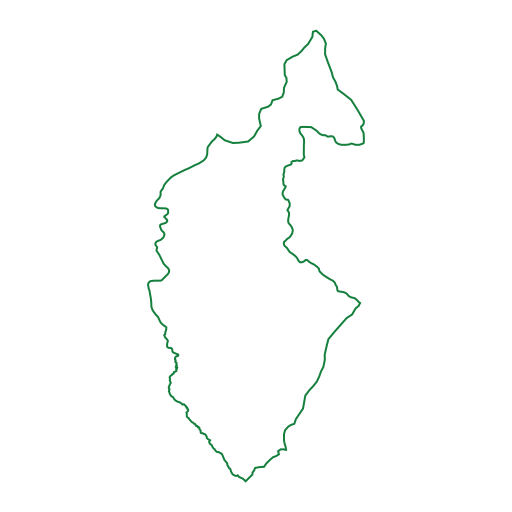 the district of Guatapé, Antioquia, Colombia
{"feature_id": "7082276B10877531566234", "entity_name": "Guatapé", "entity_type": "district", "adm_level": 2, "iso_a3": "COL", "parent_name": "Colombia", "parent_adm1": "Antioquia", "projection": "orthographic", "projection_center": [-75.163, 6.253], "detail": "fine", "context": "isolated", "style": "outline", "palette": "green", "viewbox_px": 512, "rotation_deg": 0, "n_neighbors": 0, "source": "geoboundaries", "source_scale": "gbopen_adm2", "svg_char_len": 6061}
<svg xmlns="http://www.w3.org/2000/svg" viewBox="0 0 512 512"><path d="M363.9,120.9L357.3,109.5L351.2,99.9L344.3,94.4L337.7,89.5L337.1,86.2L335.5,81.8L333.0,77.4L331.8,72.5L327.9,62.3L325.1,54.3L325.1,48.6L325.9,43.6L323.9,38.7L321.4,35.4L316.2,30.7L312.9,31.8L312.4,36.8L308.1,44.0L304.3,47.6L301.3,51.2L297.7,54.6L292.3,56.8L286.6,60.2L284.4,64.3L284.8,75.1L286.4,77.8L286.7,81.9L284.0,87.7L283.8,92.4L282.2,96.8L278.1,98.8L272.6,100.2L271.0,104.4L268.3,106.6L261.2,108.9L259.1,114.1L259.1,118.5L260.8,126.0L257.3,130.7L254.0,136.5L248.1,141.5L239.3,142.7L233.0,143.0L224.8,140.3L220.7,137.0L217.2,134.6L216.6,136.2L216.2,137.0L214.3,139.4L212.5,140.9L211.6,141.9L207.9,146.9L207.5,147.9L207.2,154.0L206.9,155.3L206.2,157.3L205.3,158.6L203.8,160.3L199.0,163.4L194.8,165.2L189.0,168.2L184.9,169.9L175.8,174.4L173.7,175.5L170.8,177.5L166.5,182.0L164.6,184.5L163.9,185.7L162.8,188.7L160.7,191.4L160.6,192.2L160.6,195.0L160.2,196.3L159.3,198.1L156.6,200.9L155.1,203.5L154.9,204.4L155.0,205.8L156.5,207.3L158.0,208.0L159.4,208.2L165.9,208.4L167.5,209.1L168.0,209.8L168.2,212.1L168.0,213.1L167.6,213.9L164.3,216.4L164.2,216.8L167.2,220.1L167.2,221.3L166.4,222.4L165.7,222.9L160.9,224.4L160.1,225.3L160.0,226.4L161.2,229.7L162.2,231.0L163.8,232.5L164.1,233.1L164.4,234.0L164.4,234.9L163.9,236.3L163.3,237.6L161.4,239.3L160.2,240.1L158.2,240.8L156.5,241.7L155.6,242.8L155.3,244.0L155.4,244.7L157.1,247.2L157.1,247.8L156.5,249.9L156.7,250.9L159.3,254.8L163.5,263.5L165.6,265.9L168.1,268.2L168.8,269.4L169.2,271.3L168.7,272.8L167.8,274.1L161.6,280.3L160.3,280.7L154.1,280.7L151.2,281.0L150.4,281.3L149.6,281.6L148.4,283.2L148.1,284.2L148.1,285.3L148.8,288.9L149.5,290.7L150.9,298.9L151.3,303.0L151.4,306.8L152.8,310.6L155.6,314.4L158.0,316.9L160.0,321.3L160.8,322.7L162.7,324.6L164.4,325.9L165.5,326.5L166.3,327.3L166.2,329.7L165.2,332.7L165.3,334.0L164.2,335.1L165.4,337.8L166.3,338.5L167.9,340.8L167.1,343.8L167.1,346.6L167.9,347.5L168.9,347.9L170.9,348.0L171.4,348.2L172.1,349.0L172.5,351.7L172.7,352.0L173.8,352.7L177.1,354.2L178.1,354.4L178.3,354.7L178.2,355.5L177.9,356.0L176.3,356.4L175.6,357.0L175.2,357.6L175.0,358.4L175.0,359.5L175.7,360.2L175.3,361.7L175.6,362.2L176.5,362.7L176.6,363.0L176.3,363.6L176.3,364.1L176.7,364.6L176.8,365.1L176.0,366.0L175.9,366.6L176.1,366.9L177.0,367.0L177.3,367.6L177.1,368.0L176.2,368.2L176.7,369.0L176.7,369.5L176.2,369.9L176.3,371.1L174.9,371.8L174.0,372.0L173.8,372.4L173.7,373.5L172.6,373.9L172.4,374.5L170.5,375.9L169.6,377.4L169.6,377.7L170.0,378.6L169.8,380.7L170.6,382.1L170.7,383.0L169.8,384.5L169.4,385.9L168.9,386.5L168.8,388.1L169.5,389.1L169.4,389.7L169.0,390.3L168.9,391.3L169.3,392.0L169.8,393.9L171.1,396.0L173.1,397.2L174.2,399.1L175.1,400.1L176.5,401.1L177.7,401.7L179.8,402.3L181.6,403.6L182.3,404.5L183.0,404.6L183.4,404.3L184.2,404.4L185.3,405.7L186.2,406.4L186.3,407.4L187.2,407.7L187.2,408.8L188.1,409.4L188.2,409.9L188.1,410.9L186.5,412.5L186.5,413.0L186.8,413.7L186.8,416.1L187.1,417.0L188.8,418.3L189.4,419.4L192.0,422.2L193.3,422.8L194.3,423.9L195.2,424.1L195.5,424.7L195.8,425.7L197.1,425.9L197.5,426.8L197.9,427.3L198.3,427.2L198.5,427.0L199.4,427.9L199.5,429.3L200.6,430.5L200.7,432.5L200.9,432.9L201.5,433.2L202.7,433.2L203.7,434.0L205.0,434.2L205.5,434.6L206.0,435.6L206.6,436.3L206.8,437.8L207.0,438.2L208.1,439.2L210.1,440.3L209.2,441.7L209.3,442.5L209.9,443.8L211.5,444.8L212.8,447.4L213.5,448.4L214.8,449.4L215.4,450.6L216.9,451.9L219.0,452.2L220.2,453.1L221.2,453.4L222.0,454.1L224.4,459.9L227.3,463.5L227.4,465.3L228.5,466.8L228.9,468.0L229.8,468.6L230.5,469.4L230.9,471.3L232.4,474.0L233.3,474.8L235.1,475.7L236.3,475.9L237.0,475.7L237.7,475.3L239.1,477.0L242.2,478.3L244.2,479.8L245.2,481.0L245.6,481.3L252.4,474.5L252.5,472.6L253.9,470.7L255.2,467.9L259.6,467.1L264.0,466.8L266.4,463.4L269.7,460.1L272.9,457.3L276.5,455.9L278.9,454.3L278.1,451.2L280.8,449.3L283.3,449.3L286.0,449.8L285.7,447.0L284.6,443.7L284.0,440.2L284.0,434.1L285.1,430.2L288.3,426.6L291.0,424.9L294.3,423.8L295.9,419.1L303.0,408.6L305.3,395.6L309.7,389.8L312.9,386.5L316.7,381.8L319.1,376.8L321.0,371.5L323.4,366.8L324.8,359.9L324.7,354.7L326.8,345.3L328.4,339.2L333.8,332.6L346.6,318.1L352.1,314.5L355.6,308.4L358.6,306.0L360.1,303.0L358.7,302.0L357.0,300.1L355.3,298.6L354.4,298.1L351.4,297.4L349.8,296.7L348.8,296.1L347.0,294.0L346.1,293.2L343.6,292.1L338.9,291.4L338.0,291.1L337.4,290.3L337.1,287.7L336.7,286.4L335.6,284.8L334.9,282.9L334.2,281.9L333.0,280.8L329.2,278.8L323.0,274.8L319.7,271.5L319.3,270.7L318.9,268.7L317.1,266.8L313.7,264.3L311.5,263.3L309.6,262.1L306.9,259.9L305.7,260.0L303.8,261.5L302.6,262.0L300.8,262.4L299.8,262.1L298.7,261.0L297.2,258.3L295.9,256.6L293.9,254.9L289.6,251.9L287.0,248.0L284.6,245.8L284.0,244.7L283.9,242.9L284.0,242.1L284.4,241.5L285.5,240.8L286.7,239.3L289.8,237.1L290.3,236.5L292.1,233.6L292.8,230.7L292.6,229.4L291.8,227.2L290.3,225.0L288.8,223.4L288.2,222.0L288.2,219.6L289.0,215.4L289.1,213.7L288.9,212.4L287.4,210.1L289.6,206.3L289.7,205.2L289.6,203.1L288.3,200.1L288.0,199.8L285.6,199.4L284.3,197.7L282.8,195.0L282.6,194.4L282.7,192.4L283.2,191.0L285.4,187.4L285.7,186.4L285.2,185.9L284.3,185.5L283.6,184.5L283.4,183.8L283.4,181.3L282.9,179.7L283.8,176.7L283.8,175.9L283.4,174.5L284.2,172.3L284.3,169.0L284.7,167.6L285.3,166.9L286.8,166.0L290.9,164.5L291.5,163.8L291.5,162.0L292.5,161.2L295.2,160.9L296.9,160.4L299.4,160.9L301.7,160.6L302.4,160.2L304.4,157.4L304.4,157.0L303.8,155.0L303.9,144.3L304.1,142.8L304.0,139.5L303.5,137.8L302.9,136.7L302.0,135.3L300.3,133.3L299.6,131.7L299.4,130.9L299.5,128.7L300.1,127.5L300.5,127.1L303.2,126.9L311.2,127.1L316.7,130.8L319.0,133.2L320.1,134.0L321.5,134.7L322.9,135.2L325.1,135.2L326.1,135.6L327.6,136.6L328.7,136.6L330.6,136.2L332.4,136.4L333.1,136.7L334.2,137.8L335.5,141.5L336.3,142.6L338.3,143.9L340.1,144.5L341.8,144.8L345.6,144.8L348.8,144.5L350.1,144.1L351.2,143.6L351.7,143.6L353.1,144.0L355.3,144.8L359.4,144.8L362.8,143.6L363.7,143.0L363.9,139.0L363.6,133.3L363.2,132.1L361.3,128.5L361.1,127.5L361.2,126.4L362.5,125.5L363.4,124.3L363.8,122.7L363.9,120.9Z" fill="none" stroke="#15803d" stroke-width="2"/></svg>